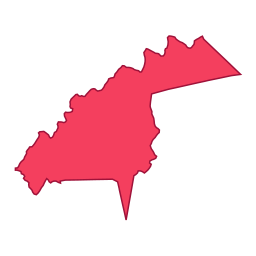 the district of Vassouras, Rio de Janeiro, Brazil
{"feature_id": "56859067B89156781575467", "entity_name": "Vassouras", "entity_type": "district", "adm_level": 2, "iso_a3": "BRA", "parent_name": "Brazil", "parent_adm1": "Rio de Janeiro", "projection": "natural_earth1", "projection_center": [-43.591, -22.37], "detail": "fine", "context": "isolated", "style": "filled", "palette": "rose", "viewbox_px": 256, "rotation_deg": 0, "n_neighbors": 0, "source": "geoboundaries", "source_scale": "gbopen_adm2", "svg_char_len": 2948}
<svg xmlns="http://www.w3.org/2000/svg" viewBox="0 0 256 256"><path d="M25.1,180.3L27.1,181.1L28.9,182.7L28.7,184.6L29.1,187.1L30.8,188.8L32.0,190.2L32.7,192.1L34.1,194.0L36.3,194.7L38.2,192.9L39.8,190.6L41.4,187.7L43.2,185.4L44.2,183.1L45.6,180.4L46.7,178.6L48.3,180.0L49.2,181.8L50.7,182.9L52.0,181.8L53.8,181.1L56.0,181.1L58.4,182.4L60.5,183.1L60.2,181.1L65.2,180.1L71.9,180.0L77.9,179.9L95.2,179.5L112.5,179.2L117.6,181.8L119.1,188.2L119.4,189.9L122.7,204.8L124.8,214.0L126.1,220.0L131.8,187.6L133.9,175.6L135.6,174.7L137.5,172.9L138.2,170.9L140.3,170.9L142.3,171.6L144.4,173.0L145.9,171.8L147.7,170.2L149.1,168.5L150.5,166.4L151.2,164.2L149.6,163.1L149.8,161.1L152.0,159.8L153.7,159.3L155.7,158.3L156.6,156.3L154.7,154.8L153.6,152.3L152.5,150.5L151.3,148.8L150.2,145.6L151.4,143.3L151.9,141.5L153.2,139.4L155.1,137.5L156.3,135.7L157.6,134.0L159.2,132.5L159.4,130.0L157.9,128.5L156.5,127.7L155.2,126.2L154.4,123.9L154.1,120.8L153.7,118.1L152.6,115.7L151.8,114.0L151.9,111.6L151.2,109.7L150.5,107.9L150.1,106.0L150.5,101.9L151.6,93.9L168.3,89.3L176.6,87.5L197.1,82.9L204.1,81.4L208.4,80.4L219.1,78.2L231.5,75.6L240.6,74.4L225.7,60.1L203.8,39.3L202.4,36.2L200.7,37.0L198.4,38.5L196.4,39.5L194.4,40.9L194.3,42.9L193.9,44.5L192.6,46.0L191.5,47.5L190.1,48.2L188.0,47.8L186.7,46.7L185.8,45.1L184.3,44.0L182.4,42.7L180.0,41.8L177.8,40.4L176.1,39.1L174.8,37.1L173.1,36.6L170.9,36.1L169.0,36.0L167.5,37.6L167.9,39.9L168.2,41.8L167.9,45.0L166.9,48.1L165.5,48.7L164.9,50.3L165.1,52.1L164.6,54.2L163.4,55.9L161.0,56.1L158.6,53.7L157.1,53.4L155.5,53.3L153.7,52.2L151.6,51.1L149.4,49.9L147.7,49.0L146.3,48.7L145.5,50.2L143.9,52.5L144.3,55.1L145.0,57.3L145.2,59.4L145.1,61.8L144.6,64.4L143.9,66.9L142.6,69.6L141.5,71.8L140.1,72.1L138.5,70.7L136.4,70.3L134.3,69.6L133.0,68.6L131.5,68.0L130.1,67.6L128.3,67.4L126.4,67.4L124.2,65.8L122.4,65.7L120.9,67.6L118.7,69.3L117.7,70.8L116.7,72.2L115.1,73.9L114.5,76.0L113.8,77.5L112.4,77.8L110.8,78.0L108.7,78.9L108.1,80.7L106.7,82.7L104.9,84.8L104.0,87.0L102.5,89.1L101.4,90.2L99.7,90.6L97.8,91.1L96.3,90.2L94.9,88.9L93.3,88.7L91.3,89.3L89.7,90.8L87.8,92.9L86.4,94.4L84.9,96.4L83.4,96.4L81.7,95.7L80.1,96.3L78.7,95.8L77.3,94.3L75.8,94.6L74.1,96.3L72.6,97.7L71.1,99.2L70.0,101.9L70.3,104.6L70.0,106.4L70.6,108.0L72.7,108.7L72.3,111.4L70.3,112.3L67.7,112.5L65.5,112.2L64.3,113.7L64.5,116.0L65.8,118.8L66.5,120.4L65.5,121.9L63.9,122.6L61.5,122.0L58.4,121.9L57.3,124.2L58.0,125.9L58.0,128.0L57.1,129.7L56.3,131.5L54.5,132.5L53.6,135.2L52.5,137.2L50.6,138.1L49.5,137.1L48.5,134.9L45.7,132.7L43.8,131.4L41.9,131.6L39.7,131.8L38.5,132.9L39.4,134.9L38.7,137.3L37.1,139.6L35.7,141.9L34.5,143.8L33.3,145.3L32.1,146.7L29.6,147.0L28.7,148.6L27.6,149.8L26.4,151.6L26.6,153.5L25.8,155.0L24.7,156.9L23.8,159.4L21.8,161.2L20.7,162.3L19.6,164.0L18.7,166.2L17.6,167.8L15.4,168.1L15.4,170.2L16.9,170.2L18.8,170.7L20.9,171.5L21.4,173.7L23.6,174.6L24.7,176.4L23.5,178.3L25.1,180.3Z" fill="#f43f5e" stroke="#9f1239" stroke-width="1.5"/></svg>